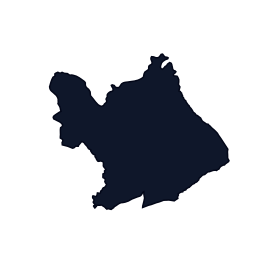 Qiloane, Maseru, Lesotho, rotated 325°
{"feature_id": "5366337B33510041242454", "entity_name": "Qiloane", "entity_type": "district", "adm_level": 2, "iso_a3": "LSO", "parent_name": "Lesotho", "parent_adm1": "Maseru", "projection": "albers", "projection_center": [27.645, -29.358], "detail": "fine", "context": "isolated", "style": "filled", "palette": "ink", "viewbox_px": 256, "rotation_deg": 325, "n_neighbors": 0, "source": "geoboundaries", "source_scale": "gbopen_adm2", "svg_char_len": 5413}
<svg xmlns="http://www.w3.org/2000/svg" viewBox="0 0 256 256"><g transform="rotate(325 128 128)"><path d="M192.0,212.6L192.3,209.9L194.2,207.1L195.0,205.8L195.8,204.5L197.6,202.6L198.0,189.9L198.0,187.5L198.0,185.6L198.2,183.6L197.8,180.9L197.4,178.9L196.8,176.6L196.5,175.3L196.4,173.8L195.9,172.4L195.8,170.9L194.5,169.7L193.8,167.6L193.1,166.0L192.8,164.6L193.0,162.8L193.2,161.5L192.8,160.3L192.3,158.8L192.1,157.8L191.2,156.5L191.2,154.5L190.5,152.5L190.8,150.3L190.8,148.9L190.8,147.8L190.5,146.6L190.8,144.8L190.5,143.6L190.5,141.6L190.5,140.1L190.9,138.9L190.4,137.2L190.4,136.3L190.8,135.1L190.7,133.9L190.5,132.9L191.3,132.6L191.4,131.1L191.9,130.2L191.6,129.0L191.8,128.2L191.0,126.8L194.1,124.1L194.1,123.0L194.3,121.2L195.9,119.5L197.3,117.5L197.6,116.3L197.8,115.4L197.9,113.8L196.8,112.7L195.7,111.9L195.5,111.0L196.0,110.0L197.0,109.9L197.9,109.9L198.7,109.7L199.5,109.4L199.3,108.2L198.3,106.9L198.4,105.3L199.3,103.3L199.7,102.3L200.2,101.1L200.5,99.8L199.7,98.3L198.6,98.3L197.9,98.3L196.7,98.4L195.5,99.1L193.6,98.9L192.2,99.4L190.8,99.5L190.0,99.8L189.1,98.5L189.4,96.9L190.3,95.8L191.8,94.6L193.0,93.8L195.0,93.4L196.6,93.4L197.5,93.4L198.8,93.7L200.2,94.1L201.1,93.6L200.6,92.5L199.7,91.7L199.1,91.1L198.8,90.1L198.8,88.8L198.7,87.3L197.4,86.7L196.3,87.1L195.4,87.4L193.9,87.8L192.7,87.5L191.8,86.9L191.0,86.3L190.5,85.5L189.9,84.6L189.2,83.9L188.2,83.1L187.0,83.8L186.3,84.8L185.7,87.3L185.2,88.4L184.0,89.4L181.7,89.1L180.6,89.3L179.8,90.1L179.2,91.1L178.4,91.7L177.6,91.9L175.9,91.9L174.9,91.9L173.9,91.9L172.2,92.9L169.8,95.2L168.7,95.2L167.2,95.2L165.2,94.9L163.7,94.6L160.2,93.3L157.7,92.0L154.3,90.3L151.7,88.9L150.0,88.3L148.0,88.2L146.4,88.8L144.8,89.5L143.4,89.5L142.4,88.8L141.1,87.5L141.1,85.3L140.5,84.5L139.8,83.6L138.8,83.5L138.5,85.1L138.5,86.5L138.0,87.7L137.5,88.4L136.5,89.0L134.7,88.3L133.8,88.1L132.8,88.1L131.4,88.3L130.3,88.7L129.5,89.6L128.9,90.7L127.2,91.3L126.5,92.0L126.2,93.4L125.1,94.6L123.0,94.8L122.3,94.9L120.9,95.6L120.0,95.4L118.7,95.1L117.6,93.6L116.8,91.7L116.3,88.1L116.1,83.8L115.8,80.0L117.7,76.6L117.9,73.8L117.2,71.2L117.2,69.5L118.0,67.8L118.9,66.6L119.0,65.6L118.8,64.5L118.1,62.5L117.6,61.0L116.7,58.7L115.3,55.9L114.6,55.0L113.5,53.6L112.3,52.3L110.5,51.3L109.6,48.7L108.4,47.7L107.1,46.6L105.9,44.6L104.4,44.4L103.8,44.1L103.3,43.5L102.5,42.1L100.5,41.7L99.2,41.7L97.9,43.6L95.7,43.4L93.7,44.5L91.8,45.8L90.1,47.1L88.9,48.1L87.4,49.3L86.6,51.1L86.4,52.4L86.5,53.7L87.2,56.5L87.5,57.9L88.0,60.0L88.0,61.8L87.5,64.1L86.6,65.4L85.6,67.0L84.6,67.9L84.5,70.1L84.4,71.1L84.1,72.5L83.4,74.0L82.7,75.9L80.5,75.7L77.4,75.6L75.4,75.6L73.9,75.7L72.9,76.3L72.4,77.9L73.5,79.9L74.0,80.9L75.6,83.8L76.3,86.2L76.2,88.1L74.8,89.1L73.0,89.1L71.9,90.3L71.3,91.1L69.5,93.8L68.8,94.9L67.9,95.9L66.8,97.4L67.7,99.3L67.7,100.6L66.8,101.5L65.7,102.1L64.5,104.1L68.2,108.4L71.0,112.7L72.3,113.2L74.7,112.9L76.8,114.4L77.8,113.7L82.4,112.5L83.6,114.6L83.6,116.9L84.0,119.4L83.8,122.3L85.0,124.7L84.9,124.8L84.6,125.0L84.4,125.5L84.2,126.0L84.3,126.7L84.2,127.3L84.2,127.6L84.3,128.9L84.7,129.9L85.6,131.4L85.3,131.7L84.9,132.2L84.5,132.7L84.7,133.4L84.6,133.9L84.5,134.5L84.3,135.4L84.2,136.7L84.2,137.6L84.5,138.2L85.3,138.7L86.6,139.2L87.0,139.6L87.9,140.8L88.1,141.2L88.1,141.8L87.8,142.4L87.1,143.6L86.5,144.2L86.0,145.1L85.9,145.6L85.9,146.4L86.0,147.3L86.1,148.1L86.2,148.9L86.1,149.3L85.4,149.4L84.1,149.7L83.5,151.0L83.0,151.7L82.4,151.6L81.9,151.3L81.4,151.2L80.9,151.6L80.3,152.5L79.2,153.9L79.1,154.3L79.2,154.7L79.7,155.3L80.1,156.1L79.9,156.7L79.7,157.2L79.2,157.9L78.7,158.3L78.3,158.6L78.0,160.1L78.2,161.0L78.2,161.7L77.9,162.0L76.5,162.8L75.9,162.9L75.6,163.0L75.0,163.2L74.4,163.2L73.7,162.9L73.2,162.9L72.4,163.2L70.9,164.0L70.5,164.1L69.6,164.0L69.2,164.3L68.6,165.0L68.2,165.3L67.9,165.4L67.3,165.1L66.9,164.8L66.3,164.2L66.1,163.9L65.8,163.7L65.5,163.7L65.4,164.0L64.1,165.2L63.1,165.8L62.6,165.8L62.1,165.5L60.6,163.7L60.3,163.5L60.1,163.6L59.9,163.7L59.5,164.2L59.1,164.8L59.0,165.3L59.0,165.7L59.1,167.0L59.1,167.5L58.9,167.7L58.1,168.1L57.4,168.5L57.1,168.7L56.9,169.0L56.9,169.3L56.9,170.1L56.9,170.7L57.0,171.1L57.1,171.6L57.0,172.1L56.9,172.3L56.5,172.3L55.9,172.2L55.6,172.1L55.4,172.0L55.2,172.1L55.0,172.3L55.1,172.6L54.9,173.6L55.0,174.5L57.3,174.0L58.4,173.5L59.6,174.4L60.8,175.3L62.0,175.6L62.8,177.5L63.2,178.4L63.7,179.8L63.8,181.1L64.2,182.4L65.2,182.4L67.5,185.0L69.5,185.0L70.7,185.0L71.9,184.4L72.8,184.7L74.5,184.7L75.5,184.7L76.9,184.7L79.3,185.1L81.0,186.1L83.3,187.1L86.5,188.0L90.5,188.4L95.9,189.7L98.8,190.6L99.9,190.6L101.2,190.2L103.1,189.2L104.4,189.3L103.0,191.4L101.4,194.9L98.9,197.3L95.3,200.4L94.4,201.5L100.4,203.0L103.1,204.0L108.4,205.4L111.2,206.4L115.8,207.6L117.5,208.7L120.3,210.5L124.1,214.2L126.6,214.2L128.4,214.3L128.8,213.3L129.5,212.6L129.8,212.4L130.9,211.8L131.2,210.7L133.5,210.7L134.9,211.0L136.2,211.7L137.4,211.0L138.9,211.6L140.1,211.8L140.7,211.3L142.7,211.3L144.2,211.7L145.7,211.4L147.0,211.3L148.1,211.0L149.2,211.2L150.8,211.5L151.5,211.0L152.8,211.5L154.1,211.5L155.2,211.1L156.0,211.1L156.8,210.5L157.6,209.9L158.5,209.9L159.8,209.7L160.5,209.6L162.0,209.3L164.2,210.1L165.6,209.9L167.0,209.8L168.0,209.6L169.6,210.5L171.4,211.0L171.9,211.1L173.7,211.7L175.4,212.7L176.2,213.6L177.8,213.5L178.9,213.8L180.4,213.0L180.9,212.9L181.8,212.7L182.8,212.7L184.7,213.0L185.9,213.6L187.2,213.2L188.8,213.2L191.1,213.2L192.0,212.6Z" fill="#0f172a" stroke="#020617" stroke-width="1.5"/></g></svg>